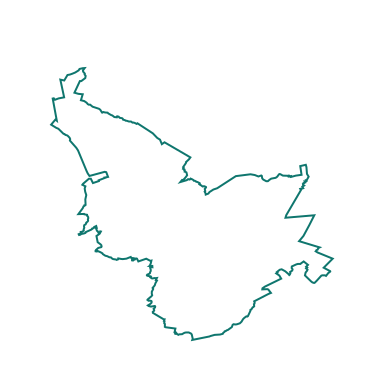 outline of Tulancingo de Bravo, Hidalgo, Mexico, rotated 77°
{"feature_id": "50627088B20237982609440", "entity_name": "Tulancingo de Bravo", "entity_type": "district", "adm_level": 2, "iso_a3": "MEX", "parent_name": "Mexico", "parent_adm1": "Hidalgo", "projection": "equal_earth", "projection_center": [-98.365, 20.132], "detail": "fine", "context": "isolated", "style": "outline", "palette": "teal", "viewbox_px": 384, "rotation_deg": 77, "n_neighbors": 0, "source": "geoboundaries", "source_scale": "gbopen_adm2", "svg_char_len": 6022}
<svg xmlns="http://www.w3.org/2000/svg" viewBox="0 0 384 384"><g transform="rotate(77 192 192)"><path d="M203.3,74.9L200.2,75.9L193.5,74.9L191.1,75.0L191.1,80.7L199.9,81.4L199.4,87.2L199.6,92.5L199.2,92.8L198.8,92.5L198.8,93.2L198.3,93.2L197.8,93.8L198.0,94.1L198.5,93.6L198.8,94.2L198.7,94.6L198.1,94.9L197.8,94.8L196.6,99.3L196.3,100.0L194.6,101.8L194.2,102.6L194.3,103.2L196.3,105.6L197.0,107.3L196.8,111.8L197.6,113.9L198.5,115.5L198.5,115.9L198.2,117.2L195.9,119.8L194.6,120.5L191.9,120.4L191.5,120.8L191.8,123.8L189.6,127.0L187.9,131.0L186.4,145.7L194.0,166.6L194.4,170.6L196.0,175.0L197.2,176.4L197.6,179.2L196.4,179.1L194.5,179.6L194.1,178.9L191.9,178.9L190.7,177.3L190.2,177.3L189.3,178.5L189.0,179.1L189.1,180.3L188.5,180.9L187.7,181.4L187.1,182.3L186.5,182.4L186.0,183.2L185.7,183.1L185.5,182.5L185.1,182.5L183.4,184.6L183.0,185.5L182.8,185.5L181.8,186.6L181.4,187.7L180.8,187.8L179.2,189.5L179.2,190.2L178.7,190.4L179.3,191.6L178.6,192.9L179.0,193.5L179.3,194.6L179.7,201.1L178.0,198.9L178.3,198.2L178.0,197.4L176.4,195.1L174.6,193.0L171.7,193.0L170.8,193.9L170.6,194.4L170.1,194.1L169.4,194.7L168.6,194.2L168.2,194.3L167.4,195.5L166.2,194.6L165.7,195.0L162.6,191.6L161.9,191.1L161.5,191.1L159.4,187.5L157.9,185.8L137.4,207.6L138.6,210.6L133.8,211.4L131.5,213.7L126.0,217.0L112.8,229.7L113.0,230.1L113.2,230.6L111.7,232.4L111.0,233.8L111.0,234.4L109.6,235.6L109.2,237.5L107.9,239.6L107.6,240.6L106.9,241.2L106.0,242.9L105.0,243.0L104.4,243.5L103.4,245.8L102.0,246.6L101.9,247.3L101.4,247.9L101.6,248.2L102.3,248.5L101.5,250.8L99.5,252.4L98.9,253.4L96.6,255.9L95.7,256.4L95.0,258.7L94.1,260.5L94.5,261.5L94.4,261.8L91.2,262.9L90.0,263.9L86.5,269.7L84.0,271.6L83.7,273.0L82.9,273.8L81.3,274.6L79.2,276.5L77.6,279.6L72.2,276.5L70.8,280.6L68.8,284.2L58.7,276.3L59.0,274.9L57.0,270.4L55.0,269.5L53.3,270.2L52.5,269.8L50.2,271.0L49.0,270.9L47.1,268.7L46.8,270.7L46.8,273.9L48.0,275.1L49.3,278.9L49.8,281.9L50.1,284.5L50.0,287.0L54.6,291.4L52.9,295.0L71.0,295.3L70.8,300.9L71.3,304.8L69.6,305.6L69.6,306.7L92.1,307.7L90.7,308.8L94.7,314.1L98.9,309.9L100.3,308.0L106.4,304.1L106.8,303.2L107.2,303.1L108.1,302.2L108.5,301.3L109.2,300.5L111.5,299.1L113.1,298.8L114.4,299.4L122.9,294.8L125.9,293.7L147.8,290.0L150.5,289.4L153.3,288.3L152.7,272.5L153.4,271.1L158.4,270.4L158.3,273.4L158.6,273.2L159.6,280.3L160.4,280.3L161.0,286.5L156.3,287.6L155.9,289.5L159.5,296.3L160.3,297.2L162.5,294.6L164.3,295.7L164.8,295.8L167.8,296.0L171.2,295.7L175.2,297.6L180.7,298.6L181.0,299.2L180.8,299.9L181.4,300.2L181.6,300.9L183.2,302.1L188.0,307.7L189.1,302.1L189.5,302.0L190.6,299.4L191.5,299.6L192.1,299.1L193.2,298.8L194.3,299.0L195.2,299.6L196.6,299.7L197.2,300.2L198.1,302.0L198.7,302.1L199.7,303.1L199.9,304.2L200.3,304.6L201.4,305.0L202.6,305.0L204.0,306.0L205.1,306.1L205.8,307.3L206.0,308.1L205.9,309.2L206.9,309.0L207.6,311.9L208.5,311.7L208.5,310.4L208.0,309.4L208.1,306.7L207.9,305.1L207.7,304.8L207.2,304.7L206.0,298.6L205.3,297.0L205.1,297.1L204.8,295.4L204.1,295.2L203.6,293.0L205.7,292.9L205.8,293.7L208.5,293.3L209.2,292.6L210.4,292.4L210.6,290.9L209.7,290.3L210.0,289.7L211.9,291.4L213.4,295.0L219.7,295.2L222.5,292.8L223.5,292.3L224.9,292.4L225.3,292.8L225.4,295.9L226.9,298.6L227.5,299.2L228.1,299.3L228.6,298.1L228.1,297.4L230.1,294.7L231.6,293.1L232.4,292.9L234.6,290.8L235.5,289.0L237.0,287.2L237.5,285.7L239.0,284.7L239.6,284.0L240.7,281.2L241.2,280.7L241.0,279.2L240.1,278.8L241.3,276.1L241.8,274.6L242.2,270.9L241.5,266.3L242.6,266.0L243.1,264.5L244.8,266.0L244.8,266.5L245.3,265.5L245.5,264.7L244.2,263.0L244.8,262.7L244.1,261.5L244.6,260.6L247.6,259.9L246.7,251.6L249.7,248.1L249.7,247.0L252.4,248.3L254.4,249.8L254.5,250.0L255.1,247.3L256.4,247.5L256.1,248.3L256.4,249.8L258.6,249.7L259.7,250.0L260.9,251.0L261.6,251.2L262.2,252.5L262.4,254.1L262.9,254.7L263.2,254.7L263.9,253.7L264.9,251.2L265.4,251.0L265.9,251.7L267.1,250.6L267.4,249.8L267.4,248.0L267.8,246.8L267.9,245.6L269.7,247.1L270.4,246.1L272.7,248.2L274.6,249.3L276.5,251.8L276.8,251.6L277.1,251.8L277.3,251.6L277.9,251.7L280.1,253.6L282.2,254.1L283.6,254.0L284.4,254.9L286.7,259.3L287.1,259.7L288.2,258.8L288.4,257.4L289.1,256.1L290.0,256.0L290.9,256.5L291.9,258.3L292.6,260.5L293.4,259.8L294.4,257.8L294.7,254.0L294.9,253.7L295.3,253.6L296.2,254.0L297.2,255.7L298.6,255.4L299.1,255.6L300.0,257.2L301.0,257.3L309.7,248.2L309.9,247.4L310.7,247.8L311.4,248.4L311.9,247.9L313.5,248.6L314.5,248.1L317.3,248.8L317.9,248.0L321.3,238.9L324.8,240.6L325.3,239.8L326.3,240.3L326.5,240.1L326.4,239.4L326.8,238.9L326.3,238.8L327.3,238.3L328.1,237.4L327.8,236.5L328.3,233.7L327.5,231.1L327.5,229.5L328.1,226.8L329.7,224.8L330.7,224.3L335.1,224.3L336.2,225.0L336.7,207.3L336.5,206.6L336.3,202.1L337.2,196.7L337.1,193.9L336.2,193.2L335.7,191.9L335.1,191.5L335.0,190.1L334.6,189.4L334.5,188.1L332.6,183.6L330.5,182.2L330.2,181.1L330.8,179.8L331.0,178.1L330.7,174.9L329.5,172.9L327.4,170.9L326.4,169.3L325.4,167.0L325.8,166.2L325.6,165.5L321.2,162.0L319.9,161.5L319.8,160.6L318.0,158.8L317.9,158.1L317.3,157.1L315.2,156.9L314.8,156.2L313.7,155.8L312.5,156.0L308.5,140.3L308.1,137.8L304.2,139.6L303.6,140.5L302.7,145.4L301.7,145.0L300.6,142.3L296.5,124.6L293.0,125.7L290.3,128.2L289.8,126.9L289.1,127.3L287.5,124.0L287.5,122.0L290.2,119.0L293.6,116.5L294.8,115.9L294.5,115.3L293.1,114.3L292.0,114.4L291.1,112.0L289.9,111.4L288.5,112.0L287.0,111.5L286.0,106.7L285.9,105.1L286.5,102.5L286.2,102.2L284.8,98.8L289.1,95.4L290.5,97.6L291.5,96.8L292.1,98.0L293.6,96.9L294.5,97.5L296.0,99.4L298.7,100.7L306.0,96.0L307.2,95.0L308.1,93.5L308.0,92.8L306.5,90.4L302.6,84.8L302.5,83.8L303.1,81.2L303.9,80.3L301.5,77.3L301.3,76.6L300.6,75.2L300.2,75.2L295.4,80.7L288.6,69.9L279.2,83.2L277.6,84.8L277.2,84.2L276.7,83.9L276.4,82.5L275.1,81.6L274.7,80.1L264.0,98.7L259.9,93.3L250.7,85.2L242.2,78.1L238.1,106.7L235.8,105.4L214.4,85.2L214.4,85.5L213.3,85.8L213.3,82.8L211.6,83.3L211.0,81.5L210.4,82.2L209.1,82.1L208.9,81.2L208.4,81.2L208.2,79.6L206.9,79.9L207.0,79.2L207.6,79.2L207.0,77.8L206.3,78.0L206.4,77.7L203.3,74.9Z" fill="none" stroke="#0f766e" stroke-width="2"/></g></svg>